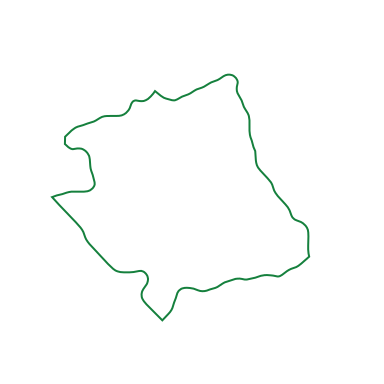 Castillo, Duarte, Dominican Republic, rotated 46°
{"feature_id": "3306468B31891639272972", "entity_name": "Castillo", "entity_type": "district", "adm_level": 2, "iso_a3": "DOM", "parent_name": "Dominican Republic", "parent_adm1": "Duarte", "projection": "mercator", "projection_center": [-70.034, 19.235], "detail": "fine", "context": "isolated", "style": "outline", "palette": "green", "viewbox_px": 384, "rotation_deg": 46, "n_neighbors": 0, "source": "geoboundaries", "source_scale": "gbopen_adm2", "svg_char_len": 2933}
<svg xmlns="http://www.w3.org/2000/svg" viewBox="0 0 384 384"><g transform="rotate(46 192 192)"><path d="M319.9,152.6L317.2,150.9L314.1,148.4L311.3,145.7L304.8,139.1L301.9,136.5L299.8,135.0L297.5,134.1L295.1,133.7L291.5,133.9L289.2,134.5L285.4,136.3L283.5,137.1L282.4,137.3L280.1,137.4L278.0,136.8L273.1,134.6L269.6,133.7L265.9,133.4L254.5,133.1L250.8,132.6L248.4,132.0L247.4,131.6L242.4,129.2L240.0,128.5L234.8,128.1L224.2,127.9L220.3,127.5L217.8,126.7L215.6,125.5L213.5,124.0L206.5,118.1L202.5,116.6L196.5,113.3L193.3,111.9L191.1,110.6L188.0,108.2L180.3,100.8L177.1,98.5L176.0,97.9L173.7,97.1L169.0,96.1L166.7,95.5L160.6,92.7L152.6,90.6L150.6,89.6L148.9,88.2L147.5,86.7L145.3,83.4L144.6,82.7L143.7,82.1L142.7,81.7L140.6,81.2L138.3,81.3L137.1,81.5L136.0,81.9L134.1,83.1L132.5,84.7L131.3,86.7L130.6,88.9L129.8,93.6L129.2,95.9L126.5,102.0L125.9,104.3L124.6,110.2L123.8,112.4L121.4,117.5L120.8,119.8L119.9,124.5L119.2,126.8L116.5,132.9L115.1,138.3L114.3,140.3L113.7,141.2L112.1,142.6L106.7,145.8L104.6,146.8L101.1,147.6L93.7,148.5L94.3,151.5L94.6,155.3L94.5,159.0L93.9,161.4L93.0,163.5L91.7,165.1L90.2,166.5L87.2,168.7L86.6,169.4L86.2,170.3L85.9,171.2L85.9,172.2L86.3,174.2L88.5,178.7L89.1,181.0L89.3,184.6L88.9,187.0L88.0,189.4L86.6,191.5L84.8,193.5L78.4,200.2L76.8,202.2L75.5,204.5L74.8,206.8L73.8,211.4L73.1,213.7L70.1,219.7L68.2,224.0L65.6,228.9L64.8,231.1L64.4,233.5L64.1,236.0L64.1,244.9L69.2,250.1L73.9,249.8L76.0,249.3L77.0,248.9L77.9,248.4L78.6,247.7L80.9,244.4L82.3,242.9L84.0,241.5L85.0,241.0L86.1,240.6L88.4,240.1L90.8,240.1L92.0,240.3L94.4,240.9L95.5,241.5L97.6,242.9L102.5,247.0L104.5,248.5L106.6,249.7L110.8,251.6L117.3,255.3L118.9,256.7L119.5,257.7L119.9,258.7L120.3,260.9L120.1,263.2L119.9,264.4L118.9,266.6L116.7,269.5L109.7,276.7L108.0,278.5L106.6,280.5L105.4,282.6L103.4,286.8L100.5,291.7L98.5,296.2L109.3,296.5L133.2,296.6L140.1,296.9L142.8,297.3L145.4,298.0L150.4,300.3L152.7,301.1L155.4,301.6L158.2,301.9L185.4,302.4L192.5,302.1L195.2,301.6L196.5,301.1L197.7,300.5L199.9,299.1L202.8,296.5L206.5,292.6L209.0,289.6L212.1,284.9L213.5,283.3L215.4,282.3L216.5,282.0L218.7,281.9L221.0,282.3L222.1,282.8L224.0,284.0L225.4,285.7L226.5,287.6L226.9,288.7L228.0,294.3L228.7,296.5L229.2,297.5L230.5,299.3L232.3,300.8L233.2,301.4L234.5,301.9L237.1,302.5L241.2,302.8L263.7,302.5L263.3,293.7L263.1,291.2L262.6,288.8L261.8,286.6L259.1,281.7L257.1,277.4L254.5,272.7L253.9,270.5L253.9,269.3L254.2,266.9L254.7,265.8L256.0,263.7L257.7,261.9L259.6,260.2L262.6,258.0L266.8,256.0L268.8,254.9L270.5,253.5L272.0,251.8L273.2,249.9L274.6,246.7L277.2,241.8L278.0,239.6L279.1,233.7L279.7,231.3L284.7,221.1L286.0,219.4L287.5,217.8L289.2,216.5L291.7,214.8L293.1,213.3L297.6,206.0L300.1,200.7L302.2,197.6L303.9,195.7L306.7,193.2L308.5,191.7L312.0,189.3L312.7,188.6L313.3,187.7L313.7,186.7L314.2,184.6L314.9,178.7L315.4,176.4L316.1,174.2L318.4,169.2L319.0,166.8L319.4,163.1L319.9,152.6Z" fill="none" stroke="#15803d" stroke-width="2"/></g></svg>